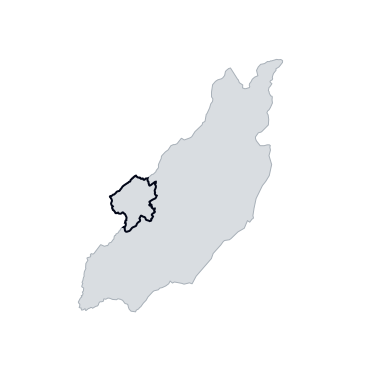 where Hövsgöl sits in Mongolia, rotated 304°
{"feature_id": "MNG-3321", "entity_name": "Hövsgöl", "entity_type": "Province", "adm_level": 1, "iso_a3": "MNG", "parent_name": "Mongolia", "parent_adm1": "", "projection": "robinson", "projection_center": [99.984, 50.195], "detail": "fine", "context": "in_parent", "style": "outline", "palette": "ink", "viewbox_px": 384, "rotation_deg": 304, "n_neighbors": 0, "source": "natural_earth", "source_scale": "10m", "svg_char_len": 8368}
<svg xmlns="http://www.w3.org/2000/svg" viewBox="0 0 384 384"><g transform="rotate(304 192 192)"><path d="M33.3,162.9L34.5,162.8L36.3,161.7L36.6,160.1L37.2,159.3L41.6,158.8L43.5,159.3L43.9,158.3L44.2,158.2L45.3,159.0L46.3,158.6L47.0,158.3L47.7,157.1L49.2,157.3L51.8,155.9L51.8,153.6L52.8,153.1L55.1,152.6L55.4,151.6L55.9,151.3L57.6,151.0L60.5,149.8L61.9,149.7L63.0,148.7L65.6,147.4L69.4,146.7L69.8,146.1L73.4,144.0L77.1,143.9L78.2,142.1L78.8,141.9L81.4,144.0L82.5,143.8L82.9,142.9L84.5,142.9L85.1,144.5L86.0,145.1L97.1,145.7L97.4,146.2L98.0,149.7L100.0,151.4L100.4,152.1L103.5,151.9L105.2,153.2L107.9,153.2L109.3,153.5L111.9,152.3L112.5,152.3L113.3,152.9L114.6,152.5L117.0,153.7L118.9,153.4L119.8,153.9L120.9,153.5L123.6,153.9L125.7,155.8L127.2,155.7L129.0,154.4L129.5,153.5L132.1,153.1L133.5,152.3L134.5,151.5L136.0,148.7L136.3,145.9L135.0,145.5L133.9,144.6L133.2,143.1L133.2,142.0L131.9,140.4L132.1,139.6L132.8,138.2L133.2,136.0L134.1,134.8L135.8,134.1L136.0,133.2L137.2,131.5L139.9,130.5L141.5,128.6L142.4,126.6L143.7,127.6L147.3,129.0L150.3,129.6L152.3,131.0L157.6,131.4L166.4,134.7L168.2,134.5L173.5,135.9L173.9,136.4L173.9,138.9L174.3,139.6L174.5,142.3L175.6,143.7L175.3,145.3L175.8,145.8L177.1,146.0L179.2,147.7L183.9,148.9L185.3,150.0L188.5,150.7L190.1,150.3L192.8,150.6L193.8,150.4L195.5,149.1L196.6,148.7L202.7,147.7L204.3,146.8L205.5,146.7L210.3,147.5L213.7,148.7L218.5,148.6L220.8,150.0L221.8,151.4L223.7,152.6L230.4,153.1L230.7,153.4L230.8,156.3L231.1,156.7L235.5,159.9L237.6,160.9L243.7,160.7L253.3,162.8L255.5,162.1L257.5,163.2L258.3,163.1L264.3,160.4L265.2,160.6L271.5,159.6L275.5,158.3L278.6,158.4L280.9,157.2L281.8,155.0L285.7,152.3L292.5,149.1L296.9,149.6L299.5,150.7L302.3,153.1L303.9,153.7L306.8,153.9L310.7,152.3L312.8,152.7L314.9,153.4L316.3,154.6L310.9,166.9L310.9,167.6L309.1,170.1L309.1,174.2L306.6,175.7L307.1,178.0L307.8,178.9L310.7,181.2L311.7,180.9L312.4,179.9L313.9,179.1L316.7,179.3L319.1,178.9L322.2,179.7L325.2,181.6L328.9,177.5L332.7,177.0L336.2,177.5L339.0,180.3L342.4,181.6L343.3,183.2L344.7,183.9L345.1,184.6L349.2,187.9L350.2,190.0L351.5,191.5L351.6,193.1L351.4,193.8L349.9,194.6L344.4,194.2L341.1,192.7L339.9,193.6L335.8,193.3L333.5,193.9L331.9,194.5L331.0,195.5L330.3,195.7L329.6,195.7L328.3,194.9L327.2,194.9L326.9,195.1L326.4,197.7L322.9,197.7L321.7,197.4L318.8,198.6L318.4,199.6L317.0,201.0L315.7,203.6L316.1,204.7L315.7,205.4L313.2,206.8L310.8,208.9L305.7,209.8L303.2,209.9L301.4,209.4L299.6,209.8L298.4,212.1L295.1,215.0L290.3,217.8L281.3,216.1L280.2,215.7L278.2,213.9L273.1,213.8L271.6,215.0L270.4,216.8L268.5,222.6L270.7,225.9L273.2,228.0L274.3,229.6L274.3,230.9L272.7,231.5L270.6,233.6L265.2,235.5L259.3,242.7L248.7,246.9L242.0,247.2L236.7,246.8L222.4,248.8L213.3,252.5L206.5,255.7L205.0,257.3L204.3,257.5L203.0,256.9L199.3,256.7L199.2,254.0L191.2,255.6L184.6,252.4L175.2,250.4L173.3,249.7L170.0,246.1L168.3,245.6L164.2,245.5L152.9,243.9L147.6,245.3L124.5,242.5L116.1,243.4L115.8,243.0L115.3,240.7L111.4,237.2L110.9,236.3L110.7,235.0L107.6,227.8L105.6,226.7L105.9,223.7L102.9,224.0L99.5,222.8L96.0,220.7L94.4,219.1L92.0,218.7L89.0,215.9L87.6,215.3L80.3,214.2L76.6,214.5L72.7,213.8L68.2,213.7L66.7,213.1L65.4,213.2L62.9,211.9L61.1,212.2L59.1,208.1L59.7,205.5L60.7,204.0L62.8,201.7L62.8,200.9L62.1,198.8L63.4,195.1L63.1,192.9L62.1,190.3L60.5,189.7L58.5,186.2L58.0,183.5L57.1,181.6L54.9,180.5L54.2,178.8L53.6,178.7L53.1,179.2L51.7,179.5L50.4,178.4L49.7,177.3L48.9,176.9L47.4,177.0L46.1,177.5L44.6,177.3L43.4,176.2L40.1,174.6L40.1,173.4L39.6,172.5L38.6,172.3L37.7,171.4L34.5,170.4L34.4,169.8L35.4,168.5L33.2,167.5L32.4,166.3L33.8,164.9L33.3,163.9L33.3,162.9Z" fill="#d9dde1" stroke="#a8b0b8" stroke-width="1"/><path d="M142.8,126.5L143.1,126.7L143.2,127.1L143.4,127.3L143.7,127.5L145.3,128.0L145.7,128.1L145.9,128.3L146.1,128.5L146.3,128.7L146.5,128.9L148.8,129.4L149.9,129.4L150.2,129.5L151.0,130.0L151.6,130.6L152.2,131.1L153.1,131.3L154.0,131.2L155.1,131.4L158.0,131.4L158.5,131.7L159.2,131.8L163.4,133.5L163.8,133.8L164.2,133.9L164.6,133.9L165.0,134.0L165.4,134.2L165.7,134.6L166.1,134.8L166.4,134.8L167.4,134.5L167.8,134.4L168.2,134.5L168.9,134.8L169.4,134.7L169.7,134.8L169.9,134.8L170.4,135.1L170.6,135.2L171.4,135.2L171.6,135.2L171.9,135.4L172.1,135.5L172.9,135.6L173.1,135.7L173.3,135.8L174.2,136.3L174.3,136.5L174.1,136.8L173.7,137.3L173.8,137.6L173.8,137.8L173.9,138.0L173.8,138.6L173.8,139.1L174.0,139.5L174.3,140.0L174.6,140.3L174.7,140.5L174.6,140.8L174.5,141.0L174.8,141.3L174.7,141.6L174.5,142.0L174.4,142.3L174.6,142.7L174.9,142.9L175.5,143.3L175.7,143.7L175.6,143.9L175.4,144.2L175.2,144.5L175.1,144.9L175.2,145.2L175.4,145.6L175.7,145.8L176.1,145.9L177.1,146.0L177.5,146.3L178.2,147.4L178.5,147.6L178.0,147.8L177.4,148.1L177.0,148.4L176.6,148.8L176.4,149.1L176.4,149.3L176.2,149.8L176.1,150.2L176.0,150.3L175.6,150.6L175.4,150.7L175.2,150.9L175.0,151.1L174.7,151.4L174.7,151.6L174.3,152.0L173.9,152.4L173.7,152.7L173.6,152.9L173.6,153.1L173.6,153.3L173.8,153.5L174.5,153.9L175.3,154.2L176.1,154.4L177.4,154.9L178.1,155.1L178.9,155.4L179.7,155.7L180.0,155.9L180.3,156.3L179.5,156.8L179.2,156.9L179.1,157.0L178.8,157.0L178.3,156.9L178.1,156.9L177.9,156.9L177.7,157.0L177.2,157.9L177.0,158.4L176.8,158.6L176.5,158.9L176.0,159.2L175.9,159.3L175.4,159.5L174.6,159.7L174.2,159.8L173.7,159.9L173.0,160.0L172.4,160.2L172.2,160.4L172.0,160.5L171.7,160.9L171.2,161.2L171.1,161.3L171.0,161.5L170.8,161.8L170.6,161.9L170.4,161.9L170.0,162.0L169.7,162.3L169.5,162.5L169.2,163.3L169.1,163.5L169.1,164.0L169.3,164.8L167.3,165.2L166.2,165.2L165.9,165.0L163.6,163.6L160.6,162.3L160.3,162.2L160.0,162.2L159.9,162.3L159.8,162.5L159.8,162.8L159.7,162.9L159.6,163.1L159.4,163.2L159.1,163.5L158.9,163.6L158.9,163.8L157.7,164.1L157.3,163.9L157.2,164.1L157.1,164.4L157.1,164.5L157.3,164.7L158.5,165.3L158.7,165.5L158.6,165.8L158.3,166.0L158.2,166.0L157.9,166.1L157.5,166.3L157.3,166.4L157.1,166.5L157.1,166.8L157.0,167.0L156.8,167.1L156.6,167.3L156.6,167.5L156.8,167.6L156.7,167.7L156.5,167.8L156.5,168.0L156.5,168.3L156.4,168.5L156.3,168.8L156.4,169.1L156.5,169.4L156.5,169.6L156.7,169.8L156.8,169.9L157.1,170.0L157.3,170.1L157.5,170.4L157.1,170.6L156.2,170.9L155.3,171.0L155.1,171.2L155.0,171.4L155.0,171.7L155.0,171.9L154.9,172.2L154.6,172.3L154.3,172.4L154.0,172.3L153.7,172.2L152.2,171.5L151.8,171.4L150.9,171.3L150.7,171.4L150.5,171.5L150.4,171.7L150.3,172.0L150.1,173.0L149.9,173.4L149.7,173.4L147.5,173.6L147.3,173.6L147.0,173.5L146.8,173.4L146.6,173.3L146.4,173.5L146.1,173.8L145.8,174.0L145.5,174.1L145.3,174.0L145.0,173.9L144.1,173.1L144.1,172.3L143.5,170.5L143.4,170.0L143.3,169.7L143.4,169.4L143.4,169.2L143.5,169.0L144.2,168.1L144.4,167.8L144.5,167.4L144.7,166.8L144.7,166.7L144.6,166.4L144.4,165.8L144.2,165.1L144.1,163.5L144.0,163.2L143.9,163.1L143.7,162.9L140.7,163.2L140.2,164.1L139.7,164.7L139.1,165.0L138.9,165.0L138.5,165.1L138.3,165.0L138.0,164.9L137.6,164.7L137.3,164.5L136.6,164.3L135.2,164.1L134.2,164.2L133.7,164.4L133.0,164.5L132.6,164.5L132.3,164.4L129.4,162.6L128.8,162.4L127.8,162.3L125.9,162.2L125.1,162.0L124.6,161.8L122.6,160.2L122.4,159.9L122.2,159.4L122.2,159.2L122.2,158.9L122.3,158.6L122.4,158.4L122.5,158.1L122.7,157.9L123.2,157.4L123.9,156.8L124.8,156.3L125.0,156.1L125.1,155.9L124.7,155.4L124.6,155.2L124.5,154.9L124.9,155.0L125.2,155.5L125.7,155.7L126.2,155.8L126.6,155.8L127.0,155.7L127.5,155.6L128.3,155.1L129.0,154.6L129.3,154.3L129.4,154.0L129.3,153.7L129.2,153.6L130.0,153.3L130.9,153.0L131.1,152.9L131.3,153.0L131.6,153.3L131.8,153.4L132.0,153.3L132.3,153.0L132.6,152.8L134.0,152.2L134.5,151.7L136.1,149.0L136.2,148.8L136.2,148.5L136.2,148.3L136.1,148.0L136.1,147.6L136.5,146.8L136.5,146.4L136.4,146.1L136.3,145.9L136.0,145.7L135.8,145.6L135.2,145.6L134.9,145.5L134.2,145.0L134.0,144.8L133.8,144.6L133.4,143.6L133.1,143.0L133.1,142.7L133.5,142.2L133.2,141.9L132.9,141.6L132.4,141.3L132.0,141.0L131.8,140.6L131.8,140.2L132.4,139.2L132.6,138.8L132.6,138.4L132.7,138.2L133.0,137.6L133.0,137.4L133.0,137.2L132.9,136.8L132.9,136.6L132.9,136.4L133.1,136.2L133.3,135.9L133.5,135.8L133.9,134.9L134.1,134.7L134.4,134.5L134.8,134.3L135.0,134.3L135.8,134.5L135.9,134.2L136.0,133.9L135.9,133.4L135.9,133.1L136.0,132.9L136.3,132.5L136.4,132.3L137.0,131.5L137.9,131.1L139.7,130.7L140.0,130.5L140.3,130.3L140.6,129.9L141.3,128.9L141.4,128.3L141.5,128.1L141.9,127.7L142.0,127.4L142.0,127.0L142.0,126.8L142.3,126.5L142.7,126.5L142.8,126.5Z" fill="none" stroke="#020617" stroke-width="2"/></g></svg>